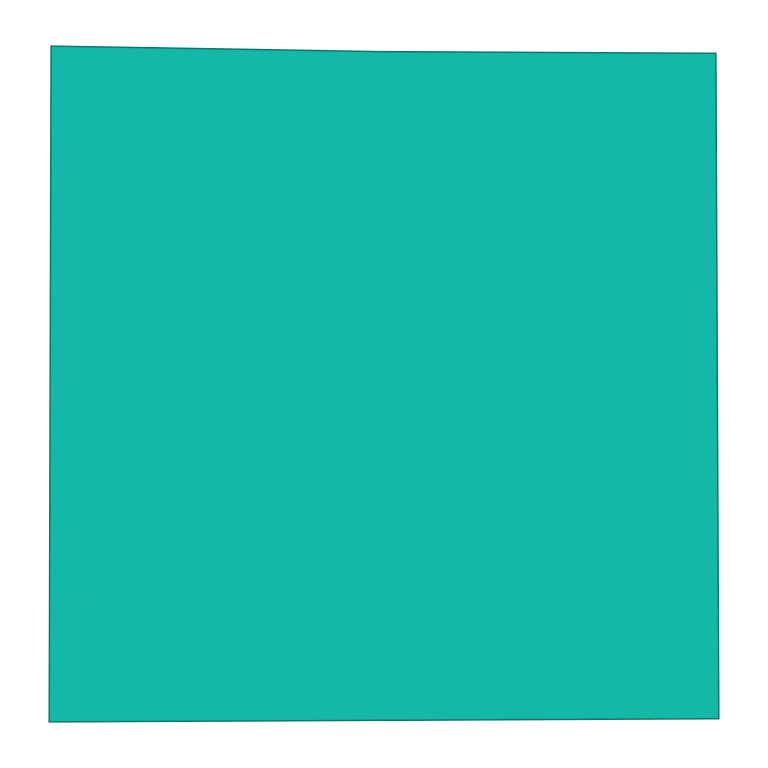 the district of Clare, Michigan, United States of America
{"feature_id": "52423323B50693448759182", "entity_name": "Clare", "entity_type": "district", "adm_level": 2, "iso_a3": "USA", "parent_name": "United States of America", "parent_adm1": "Michigan", "projection": "mercator", "projection_center": [-84.888, 43.989], "detail": "fine", "context": "isolated", "style": "filled", "palette": "teal", "viewbox_px": 768, "rotation_deg": 0, "n_neighbors": 0, "source": "geoboundaries", "source_scale": "gbopen_adm2", "svg_char_len": 197}
<svg xmlns="http://www.w3.org/2000/svg" viewBox="0 0 768 768"><path d="M51.1,46.1L49.2,721.9L718.8,718.7L715.9,53.3L378.1,51.6L51.1,46.1Z" fill="#14b8a6" stroke="#0f766e" stroke-width="1.5"/></svg>